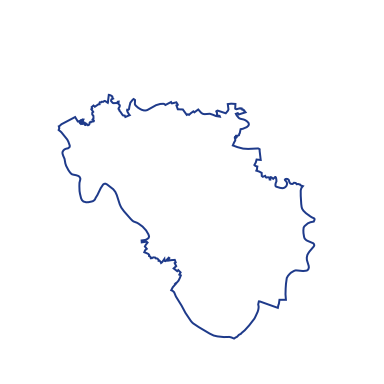 Dong Hung, Thái Bình, Vietnam (orthographic projection), rotated 43°
{"feature_id": "81297802B28789600266311", "entity_name": "Dong Hung", "entity_type": "district", "adm_level": 2, "iso_a3": "VNM", "parent_name": "Vietnam", "parent_adm1": "Thái Bình", "projection": "orthographic", "projection_center": [106.332, 20.548], "detail": "fine", "context": "isolated", "style": "outline", "palette": "blue", "viewbox_px": 384, "rotation_deg": 43, "n_neighbors": 0, "source": "geoboundaries", "source_scale": "gbopen_adm2", "svg_char_len": 6007}
<svg xmlns="http://www.w3.org/2000/svg" viewBox="0 0 384 384"><g transform="rotate(43 192 192)"><path d="M327.8,166.5L322.6,163.5L321.9,162.9L320.7,161.7L319.3,159.4L318.8,157.4L318.5,155.5L318.2,148.8L317.9,147.8L317.5,147.4L316.6,146.9L315.7,146.8L309.6,149.0L308.4,149.3L306.1,149.2L304.6,148.4L301.5,146.0L299.6,144.1L298.0,142.0L297.8,141.4L297.6,140.2L298.1,135.9L299.2,133.4L301.2,130.6L300.6,128.9L300.1,128.2L299.3,128.0L296.9,128.8L294.8,129.2L289.7,129.8L286.2,129.7L283.9,129.1L282.4,128.2L280.1,126.3L274.2,120.7L270.6,116.9L269.8,115.6L269.2,114.1L269.1,112.1L266.9,113.1L266.1,112.8L264.1,113.8L263.3,114.9L261.7,114.7L260.3,115.7L260.1,117.4L259.7,117.9L258.4,118.7L257.0,118.6L254.5,117.2L253.1,117.3L252.0,118.1L251.5,118.9L251.6,119.7L252.0,119.9L253.6,120.0L254.8,120.3L255.8,121.1L256.4,121.9L256.9,123.2L256.9,124.9L256.4,126.4L255.6,127.5L253.6,128.9L249.9,130.7L249.2,130.7L248.3,130.1L247.3,128.7L246.4,126.5L245.2,125.4L243.7,124.3L242.8,124.1L242.6,124.3L242.4,127.0L240.1,127.1L239.3,127.6L239.5,128.0L240.8,129.5L240.3,129.9L239.4,129.1L238.5,129.0L237.6,129.3L236.5,130.8L235.9,130.8L234.5,130.3L233.4,132.6L232.1,132.7L229.9,130.5L227.3,131.2L224.5,132.5L224.0,130.9L223.2,130.1L222.4,128.8L220.6,129.7L219.2,129.7L218.5,126.9L217.1,124.2L220.4,121.7L213.4,115.8L212.3,114.6L211.0,114.9L210.5,115.2L203.7,122.2L199.8,125.4L194.6,128.2L190.1,130.1L189.0,127.1L188.5,124.9L187.5,123.8L186.3,123.2L186.0,122.6L187.3,122.0L187.3,121.4L187.1,121.1L186.6,121.0L186.0,121.3L185.8,120.9L186.9,119.8L187.5,118.9L187.6,118.3L186.8,117.0L186.8,116.4L184.7,112.9L186.0,111.2L187.8,107.2L188.0,105.1L187.7,104.2L187.3,103.6L186.1,102.9L184.2,102.8L182.1,103.1L180.4,103.7L177.7,105.3L176.5,105.8L175.6,105.9L172.5,105.5L170.8,104.9L171.7,103.1L173.3,103.4L176.8,97.2L175.3,97.0L174.5,96.7L174.1,97.2L173.0,96.9L172.5,97.5L171.3,97.0L170.5,98.1L170.0,98.0L168.1,101.1L167.0,101.6L166.7,101.5L163.7,98.0L160.4,100.7L158.2,103.3L162.3,106.7L162.8,108.0L163.0,111.4L155.2,115.0L154.7,116.2L154.9,116.6L156.0,116.9L156.9,117.6L158.0,118.9L158.3,118.8L160.2,117.5L161.0,117.9L157.7,120.1L154.5,121.3L151.7,122.6L148.2,126.4L146.9,127.3L145.6,127.7L144.6,127.8L140.3,127.4L139.4,132.1L138.0,132.1L137.4,135.2L137.2,137.6L136.0,137.9L135.6,139.2L129.0,137.9L125.2,141.2L121.6,139.3L122.2,138.2L122.0,137.8L119.4,137.1L116.9,140.9L116.6,141.0L115.3,140.5L113.2,146.5L111.9,146.5L110.9,147.0L108.7,149.3L106.5,153.0L103.4,162.6L102.5,164.0L101.1,165.2L99.1,166.2L97.6,166.6L95.2,167.1L92.4,167.2L90.9,167.0L90.2,166.6L87.6,163.6L85.9,163.8L85.7,165.0L86.0,168.7L88.0,172.3L89.4,174.3L89.4,175.3L88.5,176.0L89.0,176.7L90.3,177.4L92.9,178.2L94.0,178.3L92.1,182.6L90.7,182.0L89.4,183.0L88.6,183.0L84.6,182.1L83.3,182.0L82.7,181.4L81.7,181.4L81.2,180.9L80.9,179.0L80.3,178.1L80.0,177.8L78.4,177.8L77.6,177.1L76.7,175.9L76.2,176.5L76.2,177.1L76.7,177.9L73.8,180.7L73.2,180.9L70.9,180.7L70.6,180.5L70.2,179.9L69.9,179.1L70.6,177.5L69.3,177.2L68.6,176.5L67.4,176.6L65.6,177.2L64.9,177.7L68.3,182.4L69.2,183.4L69.6,184.2L66.5,184.7L65.9,185.1L65.5,186.7L64.4,187.6L64.4,188.4L63.4,189.3L63.9,190.5L64.5,190.9L63.7,191.9L62.8,195.9L61.0,195.9L60.7,198.3L62.1,199.1L61.9,200.1L65.1,200.8L65.0,202.0L65.9,203.1L66.4,203.4L67.8,203.5L68.3,203.9L69.7,205.3L69.8,206.7L71.1,206.6L71.6,206.7L71.8,207.0L71.9,207.4L71.2,208.4L70.3,209.2L70.5,209.9L69.8,210.5L69.8,211.0L70.7,212.4L70.8,213.1L70.7,213.6L70.3,214.2L68.7,214.1L68.0,214.2L68.0,214.6L68.5,215.5L68.4,215.7L68.1,215.9L66.8,215.3L66.6,215.0L66.5,214.5L66.1,214.5L65.6,215.5L65.8,216.7L64.9,217.2L64.5,218.0L63.0,218.0L62.4,217.8L62.9,217.1L62.9,216.5L63.7,216.5L63.8,216.2L63.6,215.5L64.0,214.6L63.9,214.3L63.3,214.0L63.1,213.1L62.5,213.5L62.2,214.6L61.7,215.2L61.7,215.9L61.5,216.6L60.4,218.3L55.4,216.9L50.3,231.5L50.1,234.2L49.8,234.8L51.4,235.8L52.2,237.6L54.5,237.4L55.8,237.4L64.9,238.7L67.2,239.5L70.9,241.4L71.7,242.3L71.8,243.0L71.5,244.7L70.5,246.0L69.7,247.8L69.6,249.4L70.1,251.2L71.2,252.3L73.2,253.4L76.2,254.7L79.9,257.5L82.1,258.7L86.7,260.3L89.5,260.9L91.4,261.0L92.1,260.9L93.3,260.3L95.9,258.7L97.9,257.8L99.3,257.6L101.0,258.2L101.8,259.1L103.4,262.0L105.6,264.5L109.1,268.0L111.3,269.7L115.1,272.2L117.1,273.0L119.1,273.0L121.6,271.7L123.2,270.1L125.1,267.4L125.8,266.2L126.1,264.7L126.1,263.7L125.5,261.9L124.9,258.8L122.6,251.4L121.9,247.1L122.2,246.0L122.6,245.4L123.1,244.9L124.8,244.4L132.5,243.7L135.8,244.2L139.0,245.5L147.4,250.2L149.5,251.1L151.2,251.7L155.5,252.5L165.5,253.5L168.1,253.6L169.4,253.4L172.8,252.0L174.5,251.6L179.4,251.0L184.6,251.4L189.0,252.7L190.8,253.7L191.3,254.5L191.6,255.5L191.1,257.8L190.4,259.1L188.2,261.8L189.6,263.1L192.7,259.3L194.0,259.3L194.2,262.0L194.7,264.0L197.7,264.4L197.4,266.5L198.2,268.6L200.4,267.7L202.3,267.1L203.5,267.2L204.2,268.1L205.1,267.8L205.9,267.8L207.0,268.5L207.5,267.7L207.8,267.7L208.1,266.6L208.3,266.2L209.7,265.1L210.9,265.2L211.4,264.7L212.2,264.3L213.7,264.4L214.5,265.1L215.1,264.4L216.6,264.5L217.8,265.0L218.0,263.7L217.5,259.9L218.7,261.0L219.2,261.0L219.8,260.6L219.8,255.9L220.5,255.8L220.6,256.0L220.7,259.1L221.2,258.7L223.2,256.1L225.7,253.4L228.1,254.6L227.8,255.8L231.0,257.0L230.7,260.4L235.2,260.0L235.2,258.5L238.5,258.6L239.1,261.1L240.7,260.6L241.7,263.1L242.6,266.0L242.7,269.8L242.3,269.9L242.3,270.7L242.8,270.7L242.8,271.0L242.9,274.8L243.8,278.0L245.3,277.5L247.3,277.5L251.5,279.4L261.8,282.2L269.7,284.9L279.2,287.1L280.9,287.3L282.4,287.3L289.1,286.2L301.5,283.5L305.7,282.2L309.0,280.3L314.2,276.4L318.2,272.5L320.0,271.5L322.7,270.5L323.1,268.7L323.7,267.2L323.7,264.5L324.5,262.3L324.4,261.3L324.9,257.2L324.8,250.7L324.0,242.0L323.2,239.3L321.7,234.8L320.7,232.8L319.7,231.3L318.7,230.2L317.1,229.1L315.5,226.4L316.2,225.8L333.8,218.2L332.4,216.0L331.8,214.5L329.5,211.2L334.2,206.8L330.1,203.0L326.3,198.7L323.3,195.0L320.0,190.3L319.4,187.9L319.3,185.5L319.4,183.5L320.4,180.2L321.1,178.8L322.1,177.9L327.2,174.0L329.3,171.5L329.8,170.5L329.7,169.0L329.0,167.6L327.8,166.5Z" fill="none" stroke="#1e3a8a" stroke-width="2"/></g></svg>